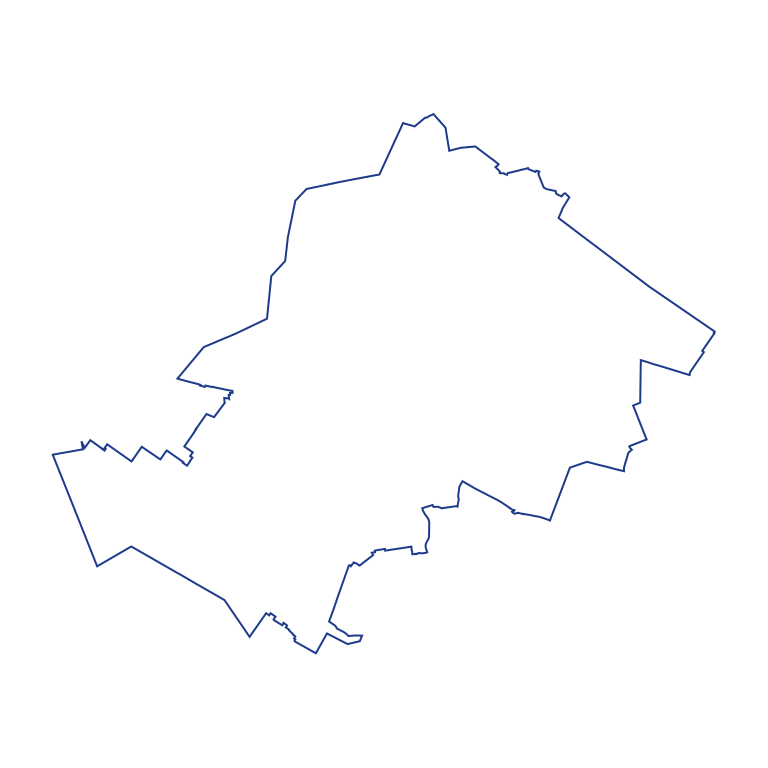 outline of Midden-Drenthe, Drenthe, Netherlands, rotated 272°
{"feature_id": "6326949B32039619343175", "entity_name": "Midden-Drenthe", "entity_type": "district", "adm_level": 2, "iso_a3": "NLD", "parent_name": "Netherlands", "parent_adm1": "Drenthe", "projection": "orthographic", "projection_center": [6.517, 52.871], "detail": "fine", "context": "isolated", "style": "outline", "palette": "blue", "viewbox_px": 768, "rotation_deg": 272, "n_neighbors": 0, "source": "geoboundaries", "source_scale": "gbopen_adm2", "svg_char_len": 5842}
<svg xmlns="http://www.w3.org/2000/svg" viewBox="0 0 768 768"><g transform="rotate(272 384 384)"><path d="M126.6,258.5L150.8,274.2L149.2,276.8L148.8,277.3L150.9,278.7L147.7,283.7L144.8,281.8L144.7,281.8L144.1,282.4L140.9,288.0L139.3,290.8L141.8,292.0L139.5,295.3L139.3,295.5L137.6,294.6L137.4,294.4L136.2,296.2L135.1,297.8L134.6,297.6L133.5,298.8L130.3,302.4L129.9,302.2L128.7,304.2L126.5,303.0L125.7,304.3L124.4,303.6L123.8,303.7L123.0,305.0L112.5,325.3L132.7,335.7L132.2,336.7L122.8,356.7L126.1,368.8L131.7,370.8L131.7,370.4L131.8,367.3L131.7,365.9L131.6,363.8L131.5,362.3L131.0,358.3L130.8,357.7L131.1,357.1L131.5,356.7L132.3,355.8L133.1,354.8L133.5,354.3L133.9,353.8L134.9,352.0L135.1,351.6L135.3,351.2L136.0,349.6L137.6,346.2L137.8,345.8L138.1,345.5L138.2,345.4L140.2,344.1L140.7,343.6L141.0,343.3L142.3,341.2L144.7,337.4L157.9,341.7L169.6,345.2L201.4,355.2L201.7,356.7L200.8,357.3L204.7,360.1L204.2,360.7L204.1,360.8L204.0,361.1L203.9,362.5L203.6,363.0L203.1,363.5L202.8,364.2L202.5,364.8L201.7,365.6L201.7,366.0L209.5,375.3L211.1,377.3L212.7,379.1L215.0,377.7L215.6,380.9L217.2,380.7L218.2,385.4L219.2,390.7L217.5,391.0L219.8,403.2L220.5,407.1L220.8,408.6L222.4,417.0L218.9,417.4L218.7,417.5L218.2,417.9L215.5,418.2L215.0,418.2L214.9,418.2L214.8,418.3L215.4,421.6L215.1,421.6L215.3,422.9L215.4,423.1L215.6,423.5L215.9,423.8L216.3,424.3L216.2,425.2L216.1,425.7L216.2,426.3L216.2,429.6L216.4,430.1L216.5,430.2L216.7,431.4L217.3,433.1L217.7,433.0L218.4,432.7L220.5,431.9L221.6,431.5L222.3,431.4L222.9,431.3L224.0,431.2L224.7,431.3L225.6,431.4L226.3,431.6L227.0,431.9L227.5,432.1L230.1,433.5L231.0,433.9L231.6,434.1L232.5,434.2L233.1,434.3L234.2,434.3L245.8,434.1L247.3,434.0L248.2,433.8L249.1,433.6L250.1,433.2L250.8,432.9L251.4,432.5L252.3,431.9L254.1,430.4L254.7,429.9L256.1,428.9L257.7,428.0L258.6,427.5L260.1,426.9L261.2,426.6L264.8,436.8L263.0,437.6L262.9,437.8L263.2,442.5L262.0,445.4L261.8,446.0L264.5,460.7L264.0,461.7L271.2,462.7L272.0,462.7L272.4,462.6L274.1,462.0L274.7,462.0L283.8,462.9L285.3,463.6L286.7,464.3L289.6,465.9L289.3,466.4L288.3,468.3L287.7,469.3L287.5,469.7L285.7,473.2L284.9,474.6L282.3,479.4L281.3,481.7L279.0,486.5L278.3,488.2L277.1,490.5L274.7,495.7L271.7,502.1L270.9,503.6L269.8,505.5L266.0,511.7L265.9,511.7L264.7,513.8L264.6,513.7L263.4,515.7L262.6,517.3L262.6,517.7L262.4,517.5L262.0,518.5L261.5,518.1L261.2,517.7L261.4,517.4L261.0,517.0L260.7,516.5L259.9,517.3L259.2,518.3L259.1,518.6L259.0,518.9L259.0,519.2L259.0,519.4L259.1,519.7L259.5,520.8L259.8,521.7L259.9,522.1L259.7,522.2L259.8,522.8L259.7,523.7L258.9,527.2L259.2,527.3L258.9,529.1L258.7,530.2L258.4,532.3L258.3,533.8L258.1,534.6L257.1,540.6L256.9,542.7L256.5,544.7L255.5,548.2L254.9,550.1L254.4,551.7L253.9,553.0L253.3,554.6L306.9,572.7L313.3,589.5L311.0,599.9L310.1,604.1L309.4,607.7L308.6,611.3L308.3,613.0L308.1,613.0L307.8,614.6L306.2,621.9L306.3,621.9L306.2,622.2L305.2,626.9L305.7,626.9L308.1,626.7L308.9,626.8L314.7,628.2L316.3,628.7L323.7,630.6L324.0,630.7L324.0,631.0L326.9,633.7L327.0,633.9L328.8,632.1L330.2,631.3L330.5,631.6L330.6,631.9L332.0,635.1L332.1,635.3L333.3,638.1L333.8,639.2L337.7,648.4L359.8,638.7L361.0,638.2L361.4,638.1L371.1,633.7L374.3,640.7L412.5,639.9L412.7,640.0L416.8,639.8L415.5,645.0L413.0,653.5L412.1,657.4L403.6,689.1L406.0,689.4L406.5,689.6L407.0,689.8L426.9,702.5L427.1,702.5L427.2,702.4L428.2,700.9L446.3,712.5L446.7,711.8L448.0,712.6L490.2,646.2L527.3,593.4L534.2,583.5L555.2,553.7L556.0,552.7L565.5,556.3L566.1,556.5L577.1,562.7L581.4,557.8L581.2,557.9L578.0,555.0L577.7,554.9L579.2,551.2L580.6,549.2L582.8,548.9L584.3,540.6L584.4,540.2L584.5,539.7L585.9,536.8L594.9,532.8L598.5,531.2L599.1,531.0L599.7,530.9L601.2,531.8L601.4,531.3L601.8,531.3L601.8,531.2L601.9,530.9L602.4,529.4L602.5,529.2L602.5,528.9L602.4,528.7L602.0,528.5L601.2,528.0L601.2,527.9L601.8,526.5L602.1,525.6L602.1,525.4L603.4,521.9L603.6,521.3L604.1,520.4L604.8,520.3L604.5,519.5L603.8,517.2L603.6,516.6L603.2,514.9L602.9,513.8L601.8,510.4L601.2,508.1L599.1,500.4L597.3,499.7L598.1,497.3L598.3,497.3L598.5,497.2L598.8,495.5L598.8,495.3L598.7,494.6L598.8,492.4L599.1,492.5L600.2,492.5L600.3,492.3L600.4,492.2L601.7,491.0L602.1,490.7L602.5,490.2L604.7,487.8L604.9,488.0L605.2,488.4L605.7,489.2L606.3,489.8L606.7,490.2L607.6,490.8L610.9,486.5L614.4,481.4L624.6,466.9L622.7,452.2L620.2,443.9L619.8,442.4L619.3,441.1L642.3,436.5L655.5,424.0L655.3,423.7L654.8,422.9L653.4,419.9L652.7,418.9L652.3,418.4L651.9,417.9L651.8,417.5L651.7,417.1L651.6,415.9L649.7,413.7L642.5,405.7L645.4,393.9L636.7,390.3L623.4,384.7L593.2,372.1L593.0,371.3L592.2,367.4L586.7,342.9L585.0,335.6L583.4,328.9L576.2,299.8L564.1,289.0L527.3,282.8L510.4,281.5L503.4,280.9L489.1,268.6L487.9,267.6L445.2,264.8L436.9,248.9L429.6,234.9L425.4,226.0L424.6,224.1L421.8,218.1L416.4,206.5L414.6,202.6L382.2,177.4L381.9,178.3L380.0,186.6L379.2,189.9L379.1,190.4L378.3,194.2L377.4,198.3L377.0,199.6L376.8,200.4L376.7,200.4L376.3,200.2L376.3,200.3L376.1,200.2L374.8,205.1L376.2,205.7L375.0,212.2L375.2,212.3L374.7,215.3L373.7,221.1L372.4,228.5L371.8,232.8L369.9,233.0L369.6,230.4L367.8,230.6L367.6,229.2L363.7,229.7L364.0,229.2L364.1,228.9L364.2,228.6L364.4,224.8L363.8,224.9L359.9,225.3L359.6,225.5L344.9,215.3L347.8,207.6L333.7,198.5L333.8,198.4L332.3,197.4L332.1,197.8L329.7,196.2L329.7,196.3L329.4,196.2L314.6,186.6L309.0,195.3L305.2,192.8L303.7,195.1L299.3,192.3L299.2,192.4L295.5,190.0L298.2,185.8L298.9,186.2L299.5,185.2L308.7,171.2L310.0,169.1L300.8,163.1L312.8,144.1L297.8,134.4L302.1,127.7L303.2,126.1L305.2,123.0L314.1,109.4L310.1,106.9L309.4,108.1L307.7,107.0L309.3,104.5L309.5,104.7L310.6,103.0L317.6,92.4L313.2,89.5L309.8,87.2L310.3,87.0L312.7,85.5L313.3,84.8L314.5,84.6L315.5,84.0L316.2,83.7L308.2,85.4L301.8,55.4L246.6,79.7L191.8,103.7L212.8,137.1L187.8,184.3L187.6,184.9L178.3,202.2L162.5,232.1L126.6,258.5Z" fill="none" stroke="#1e3a8a" stroke-width="2"/></g></svg>